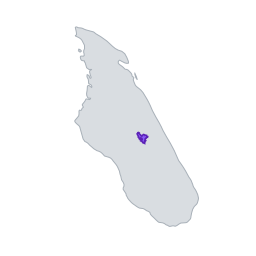 Antsirabe II, Vakinankaratra, Madagascar shown in context, rotated 316°
{"feature_id": "10022922B65379850816186", "entity_name": "Antsirabe II", "entity_type": "district", "adm_level": 2, "iso_a3": "MDG", "parent_name": "Madagascar", "parent_adm1": "Vakinankaratra", "projection": "natural_earth1", "projection_center": [47.084, -19.841], "detail": "fine", "context": "in_parent", "style": "filled", "palette": "violet", "viewbox_px": 256, "rotation_deg": 316, "n_neighbors": 0, "source": "geoboundaries", "source_scale": "gbopen_adm2", "svg_char_len": 5837}
<svg xmlns="http://www.w3.org/2000/svg" viewBox="0 0 256 256"><g transform="rotate(316 128 128)"><path d="M164.5,24.7L165.1,26.4L165.8,28.0L168.1,31.9L169.1,33.5L170.0,35.1L170.4,38.2L171.8,43.2L173.2,50.7L173.6,58.3L174.0,61.8L175.0,65.1L176.8,68.5L177.3,72.3L176.2,76.3L174.7,80.0L174.3,80.7L173.5,81.6L173.2,81.6L172.0,80.6L171.0,79.1L169.7,75.4L169.2,73.5L168.7,73.2L167.2,73.4L166.1,74.5L165.9,75.3L166.1,77.3L166.5,79.2L166.7,81.1L166.7,83.5L167.1,84.2L167.7,84.8L168.3,86.4L168.4,90.1L168.0,92.0L167.0,93.6L167.0,94.5L167.4,95.4L167.0,96.0L165.6,96.7L165.1,97.3L164.3,98.9L163.0,102.3L162.9,104.0L163.6,109.2L163.4,112.9L161.8,120.0L160.9,123.3L159.6,127.3L157.6,132.6L155.7,139.3L154.0,146.1L152.8,150.2L151.4,154.2L149.5,161.4L147.8,168.6L145.5,176.6L142.2,185.5L141.8,186.7L141.1,191.3L140.4,195.2L139.5,199.1L137.7,205.6L137.4,207.6L137.0,209.5L135.3,213.6L134.5,215.1L134.0,216.7L133.7,218.7L133.2,220.7L131.9,224.3L130.0,227.4L128.6,228.5L125.8,230.1L124.4,230.5L121.2,230.5L118.1,231.4L114.9,233.2L111.9,235.3L110.7,236.3L109.4,236.8L105.3,236.9L104.1,236.5L100.0,233.1L98.4,232.6L95.4,232.1L94.5,231.8L93.7,231.4L92.5,229.6L90.1,228.1L89.5,227.6L89.1,226.6L88.9,225.5L88.2,224.3L87.8,221.9L87.0,220.2L84.7,217.3L84.5,216.4L84.3,213.3L84.3,211.2L84.1,207.3L84.3,205.5L85.1,203.9L84.8,202.2L83.9,200.3L83.6,198.4L83.0,196.6L80.6,193.5L80.1,192.0L79.7,190.4L78.8,185.4L78.7,183.6L78.8,180.0L79.1,178.1L79.6,176.8L79.8,175.8L80.1,174.9L80.7,174.3L81.0,173.5L81.9,168.8L83.0,167.7L84.6,167.1L85.9,165.9L86.7,164.2L87.4,160.8L89.5,157.4L90.2,155.7L91.9,153.0L93.3,149.2L93.8,147.4L94.1,145.6L94.4,141.6L94.7,139.6L94.6,137.6L93.8,135.6L91.7,131.9L91.7,131.2L91.8,128.5L91.6,126.5L90.9,124.5L89.9,122.7L89.0,119.2L88.5,113.5L88.6,111.4L88.3,109.5L87.6,107.8L88.1,104.7L94.1,93.6L94.3,92.3L94.0,88.9L94.1,86.9L94.4,86.2L94.8,85.8L95.9,85.6L100.8,85.1L101.4,84.7L102.6,83.8L104.3,82.0L105.1,81.5L105.7,81.6L106.1,82.4L106.7,82.8L108.7,82.0L109.4,82.0L110.2,82.1L110.6,81.4L110.8,80.4L111.1,79.7L111.6,79.3L114.2,79.0L115.8,78.7L117.9,78.0L118.3,78.2L120.0,80.7L120.6,80.9L121.2,81.0L121.8,80.6L120.4,79.2L120.2,78.5L120.3,77.6L121.0,75.8L122.2,74.4L125.0,72.3L127.8,69.8L128.7,69.7L129.4,70.0L129.9,72.9L129.8,73.4L130.3,73.5L130.8,73.1L131.3,72.0L131.3,71.0L130.9,70.1L130.8,69.3L130.7,68.5L132.2,66.8L133.3,65.2L133.8,63.3L134.3,62.4L135.5,61.3L135.9,61.5L136.1,62.3L136.3,63.2L136.0,64.1L135.5,64.9L135.4,66.1L136.0,66.3L136.7,66.0L137.6,63.9L138.7,62.0L139.3,61.0L140.1,60.3L141.4,60.4L142.7,60.8L140.6,58.8L140.1,56.0L142.6,51.1L142.6,50.1L143.0,49.8L143.2,49.4L141.9,47.7L141.6,46.9L141.8,45.7L142.4,44.6L143.0,43.8L143.8,43.5L144.4,43.9L145.8,45.3L146.8,45.5L147.9,44.2L148.8,42.6L150.2,41.4L151.8,40.8L154.2,38.2L155.8,32.9L155.9,31.3L155.6,29.4L155.0,27.6L154.1,25.4L154.4,24.9L155.7,25.2L156.1,24.8L157.6,22.9L159.9,19.1L160.7,19.1L161.4,19.8L161.6,20.8L162.1,21.6L163.7,23.4L164.5,24.7ZM148.0,39.8L148.0,40.3L146.2,40.1L145.9,38.1L146.8,38.0L147.0,37.2L147.5,37.1L148.1,38.9L148.0,39.8ZM169.7,96.8L168.2,99.8L168.6,97.3L170.4,93.8L170.9,93.5L169.7,96.8Z" fill="#d9dde1" stroke="#a8b0b8" stroke-width="1"/><path d="M128.7,149.5L128.8,149.7L128.9,149.9L128.9,150.0L129.0,150.2L129.3,150.2L129.4,150.3L129.4,150.5L129.5,150.4L129.5,150.2L129.5,149.9L129.6,150.0L129.8,150.0L130.0,149.9L130.2,149.7L130.3,149.5L130.5,149.5L130.6,149.4L130.6,149.5L130.7,149.4L130.8,149.4L130.9,149.5L131.0,149.5L131.2,149.4L131.2,149.5L131.4,149.4L131.7,149.4L131.9,149.5L132.0,149.5L132.0,149.4L132.0,149.2L132.0,148.8L131.9,148.7L132.0,148.6L132.1,148.4L132.3,148.1L132.5,148.0L132.8,148.0L132.8,147.9L133.1,148.0L133.3,147.8L133.6,147.9L133.6,147.7L133.9,147.7L134.0,147.7L134.3,147.6L134.5,147.7L134.7,147.8L134.8,147.9L135.0,147.9L135.3,148.0L135.5,148.2L135.7,147.8L135.7,147.6L135.8,147.6L135.7,147.5L135.8,147.4L135.8,147.2L135.8,147.3L135.8,147.2L135.7,147.1L135.8,146.9L135.7,146.7L135.8,146.5L136.0,146.5L136.0,146.4L136.1,146.2L135.9,146.1L135.9,145.9L136.0,145.9L135.8,145.6L135.7,145.6L135.6,145.3L135.5,145.2L135.4,145.1L135.3,144.9L135.2,144.9L135.3,144.7L135.2,144.6L135.1,144.4L135.1,144.2L134.9,143.8L134.9,143.7L134.7,143.7L134.5,143.4L134.4,143.3L134.2,143.4L133.6,143.3L133.3,143.4L133.2,143.3L133.1,143.2L133.0,143.3L132.9,143.4L132.9,143.5L132.7,143.5L132.7,143.4L132.4,143.4L132.2,143.3L132.0,143.2L132.0,142.7L132.0,142.4L132.0,142.2L132.1,141.9L132.1,141.7L132.1,141.4L132.2,141.2L132.1,140.8L132.1,140.6L132.2,140.4L132.2,140.2L132.2,139.8L132.2,139.7L132.3,139.7L132.3,139.3L132.3,139.2L132.4,138.9L132.2,138.9L132.3,138.7L132.2,138.7L132.3,138.7L132.2,138.6L132.1,138.4L131.8,138.1L131.6,138.2L131.4,138.4L131.2,138.4L130.8,138.4L130.7,138.4L130.7,138.5L130.4,138.7L130.4,138.9L130.4,139.1L130.2,139.2L130.1,139.3L130.0,139.7L130.0,140.0L130.0,140.3L130.0,140.5L129.9,140.6L129.7,140.7L129.6,140.8L129.5,141.1L129.6,141.3L129.6,141.5L129.4,141.6L129.3,141.8L129.2,141.8L129.3,142.0L129.2,142.3L129.1,142.5L129.0,143.0L128.9,143.1L128.7,143.2L128.7,143.3L128.8,143.5L128.9,143.9L128.8,144.0L128.7,144.0L128.8,144.3L128.7,144.5L128.5,144.8L128.5,145.0L128.7,145.4L128.7,145.7L128.7,145.8L128.6,146.0L128.5,146.3L128.5,146.5L128.4,146.5L128.6,146.8L128.6,147.0L128.6,147.4L128.6,147.5L128.7,147.8L128.8,148.0L128.9,148.4L128.6,148.6L128.4,148.7L128.4,148.8L128.5,149.0L128.7,149.3L128.8,149.4L128.8,149.5L128.7,149.5ZM129.6,143.8L129.7,144.1L129.8,144.1L130.0,144.1L130.3,144.1L130.4,144.3L130.5,144.3L130.6,144.5L130.8,144.9L130.8,145.0L130.7,145.1L130.7,145.3L130.6,145.5L130.5,145.9L130.4,146.0L130.3,145.9L130.2,145.9L130.1,146.1L130.0,145.9L129.9,145.8L129.7,145.8L129.5,145.7L129.4,145.7L129.4,145.4L129.3,145.2L129.2,145.0L129.1,144.9L128.9,144.8L129.0,144.7L129.2,144.4L129.2,144.2L129.4,144.0L129.5,143.8L129.4,143.8L129.5,143.8L129.6,143.8Z" fill="#8b5cf6" stroke="#5b21b6" stroke-width="1.5"/></g></svg>